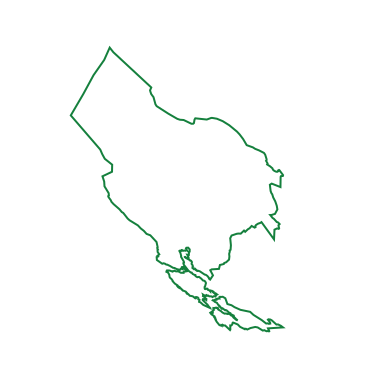 the district of Hemnes nor, Nordland, Norway, rotated 224°
{"feature_id": "86288312B41330497985738", "entity_name": "Hemnes nor", "entity_type": "district", "adm_level": 2, "iso_a3": "NOR", "parent_name": "Norway", "parent_adm1": "Nordland", "projection": "robinson", "projection_center": [13.774, 66.006], "detail": "fine", "context": "isolated", "style": "outline", "palette": "green", "viewbox_px": 384, "rotation_deg": 224, "n_neighbors": 0, "source": "geoboundaries", "source_scale": "gbopen_adm2", "svg_char_len": 6036}
<svg xmlns="http://www.w3.org/2000/svg" viewBox="0 0 384 384"><g transform="rotate(224 192 192)"><path d="M170.0,118.7L163.7,119.7L163.4,119.9L163.1,120.8L161.8,121.6L160.1,121.9L159.5,122.5L156.5,123.5L153.0,124.3L151.8,125.2L149.5,125.9L146.6,127.6L146.4,128.0L146.8,128.9L145.8,129.8L145.1,130.0L145.7,130.6L146.8,130.8L146.7,131.1L146.9,131.2L146.3,132.0L140.9,131.1L142.4,129.0L142.5,128.6L141.9,128.0L144.0,126.1L145.9,125.7L147.3,124.9L148.3,123.8L150.1,123.1L150.3,122.1L151.0,121.5L150.9,121.1L153.5,120.0L155.1,118.6L154.9,118.5L155.2,118.2L154.8,117.7L155.3,117.4L155.0,116.8L153.2,117.4L150.9,116.7L149.1,115.3L147.7,115.0L146.6,115.2L144.3,114.8L144.0,114.4L140.6,114.2L137.5,114.8L137.0,114.7L137.2,114.1L135.8,113.9L135.3,114.0L135.9,114.5L135.2,115.0L132.0,114.7L131.7,114.7L131.9,114.9L129.9,114.9L127.3,116.0L125.6,115.9L125.3,115.4L126.0,115.4L125.3,115.3L124.7,115.4L125.2,115.5L124.9,115.8L123.6,116.0L121.6,115.8L119.0,117.5L115.7,117.8L115.5,118.1L116.5,118.6L116.1,119.3L114.8,120.1L113.7,120.1L112.9,119.2L111.7,119.6L110.6,117.9L109.2,118.5L105.5,118.6L99.0,120.9L99.4,121.0L99.2,121.2L102.0,121.4L102.6,121.5L101.1,121.4L102.5,121.7L109.1,121.7L109.6,122.1L109.7,122.7L107.5,124.1L106.7,124.2L107.2,124.8L106.5,125.0L110.7,125.0L111.8,124.7L112.0,125.0L111.7,125.4L112.7,125.9L110.1,126.5L109.7,127.0L110.2,127.5L110.1,127.9L108.9,128.1L108.6,128.2L108.5,128.7L107.2,128.9L105.4,130.5L104.3,130.6L103.9,132.2L102.6,133.3L102.7,133.7L103.0,133.7L102.9,134.6L103.5,134.6L102.9,135.7L104.8,135.5L105.9,134.6L107.8,134.5L108.2,134.8L108.1,135.0L108.9,134.8L109.5,134.3L110.1,134.2L110.2,133.5L109.9,133.2L111.4,133.3L112.3,132.7L112.9,132.7L113.6,133.2L114.2,132.9L114.6,132.0L115.3,131.8L115.2,131.3L115.4,131.2L116.3,131.7L117.1,132.7L117.1,133.3L118.7,136.2L120.3,136.8L121.5,136.7L122.6,136.0L125.3,136.1L128.0,135.8L129.0,134.4L130.3,134.1L131.1,134.0L131.9,134.6L132.3,134.2L134.6,133.5L136.3,133.8L136.7,133.3L139.8,132.9L147.4,134.0L148.8,134.8L148.6,135.6L149.6,136.3L154.9,137.8L155.4,138.5L158.0,140.1L160.1,140.8L160.0,141.4L158.9,142.1L159.2,143.0L159.0,143.3L157.6,143.4L157.0,144.5L155.8,145.3L155.7,145.9L155.0,146.5L157.2,147.2L157.3,148.0L156.1,149.3L153.8,149.1L152.3,147.5L152.8,146.6L152.4,146.6L150.6,144.6L151.9,143.6L149.9,143.0L149.6,142.2L148.7,142.3L147.7,141.4L150.9,140.4L151.3,140.5L151.0,140.7L151.6,140.7L151.9,140.3L152.6,140.1L150.6,140.3L146.0,141.6L145.6,141.4L144.9,141.9L143.8,141.7L143.3,141.5L142.4,140.0L140.5,139.7L139.8,138.8L139.3,138.8L139.0,137.7L136.9,137.8L136.2,138.7L135.7,138.7L135.9,138.9L134.8,138.9L134.7,138.6L133.5,138.8L133.2,139.0L133.1,139.5L131.2,140.4L125.5,141.4L124.6,142.0L122.7,142.3L119.6,141.9L119.5,141.5L118.1,141.6L119.0,146.6L124.5,148.4L124.1,150.0L119.2,155.4L121.2,158.9L119.1,162.3L119.5,163.3L118.6,165.2L118.4,169.1L120.3,171.6L122.3,173.3L123.4,175.4L124.3,176.1L124.1,177.2L127.0,180.7L132.4,185.3L133.3,188.2L130.8,193.0L129.8,194.3L128.0,195.9L127.8,200.4L126.1,200.3L125.9,204.1L125.4,205.8L125.5,209.0L122.2,209.9L121.9,210.9L122.9,211.7L123.0,212.9L122.4,215.3L121.4,217.2L121.1,218.6L100.1,214.9L106.5,222.2L105.5,224.9L104.0,225.7L104.1,226.4L106.7,228.1L106.7,229.8L108.9,229.9L110.2,229.3L114.5,229.6L116.0,229.3L119.7,229.8L118.9,230.6L117.1,233.9L118.5,238.8L121.5,241.0L125.6,243.1L129.8,244.5L132.7,246.1L134.0,246.3L136.1,247.3L141.0,251.3L140.5,253.4L131.8,257.0L138.8,264.5L139.0,265.3L137.8,266.6L138.2,267.4L144.4,268.4L144.7,268.3L145.0,267.3L144.4,266.8L144.7,265.8L145.5,265.1L147.4,264.4L149.3,264.3L150.6,264.9L153.8,264.7L157.1,264.0L157.4,265.0L160.4,265.9L160.4,266.6L161.1,267.4L165.3,269.7L167.4,270.1L172.7,268.5L176.6,266.9L179.2,266.4L185.2,263.7L192.0,265.6L197.8,266.5L201.6,266.7L211.6,265.9L219.1,264.3L225.0,262.0L228.7,259.5L229.6,258.7L231.7,254.4L240.8,247.3L240.5,245.9L238.5,242.9L238.6,241.9L239.8,240.7L248.0,238.0L250.9,235.6L253.4,234.4L263.5,231.9L277.0,229.2L279.2,229.7L285.6,233.5L289.3,234.1L291.5,235.2L292.8,236.0L293.9,238.9L345.7,237.9L351.5,238.7L346.9,226.0L344.0,207.7L338.2,186.8L332.4,162.9L287.5,158.8L282.9,156.9L277.8,155.3L268.4,156.2L263.6,151.0L267.3,141.1L262.4,138.5L258.9,135.3L251.2,133.3L249.3,131.7L249.4,130.8L248.4,130.3L244.8,129.7L243.2,129.0L240.0,128.8L232.2,129.2L228.6,128.8L226.9,129.2L219.9,128.2L217.2,128.3L207.7,130.4L203.5,130.2L199.7,130.6L195.6,130.3L191.9,131.9L182.8,131.4L178.3,128.4L178.2,127.6L176.7,127.0L176.9,126.7L175.1,125.0L172.2,124.4L172.5,122.1L171.6,122.0L172.2,120.6L170.0,118.7ZM94.2,138.7L97.1,138.0L98.8,136.0L99.1,136.0L99.2,135.6L98.6,134.9L98.9,134.9L98.5,134.2L99.0,133.4L99.5,133.1L99.6,132.3L100.1,132.1L99.5,131.5L100.3,130.5L100.6,130.5L101.0,129.3L101.8,128.8L101.8,128.5L100.6,128.9L99.4,128.8L97.1,129.6L95.0,129.1L93.7,129.2L93.6,128.8L91.3,128.8L91.4,129.0L89.3,128.8L89.2,129.6L86.0,129.9L85.9,130.4L84.9,130.9L81.3,131.0L80.2,131.5L79.7,131.2L78.6,131.3L76.1,132.1L74.9,131.3L73.5,131.3L73.5,131.1L70.0,131.4L71.1,130.8L74.8,130.5L77.3,130.9L77.9,130.4L80.1,130.3L81.6,129.3L81.8,128.8L83.1,128.3L84.1,127.1L86.3,126.5L88.7,126.4L91.5,125.7L92.4,126.0L92.3,126.3L92.8,126.5L93.8,125.9L93.9,125.5L94.4,125.5L95.2,124.3L95.1,124.0L96.0,123.4L94.7,121.9L94.4,122.0L94.5,120.2L94.0,120.1L94.2,119.6L94.6,119.5L94.6,119.1L92.1,119.3L94.9,118.3L95.0,117.8L93.1,117.5L89.6,118.1L89.6,117.8L88.3,117.6L88.5,117.3L86.6,116.9L86.1,116.7L86.2,116.4L84.1,115.8L79.8,115.3L78.4,116.0L78.4,116.6L78.1,116.6L78.3,116.8L77.2,117.3L77.5,117.8L76.4,118.1L75.5,119.0L68.7,119.1L68.8,119.6L71.8,122.6L71.0,123.3L71.0,124.7L71.8,125.8L71.9,126.4L71.6,126.7L67.1,128.5L63.7,128.4L59.0,129.9L59.2,130.2L58.1,131.1L56.7,131.5L55.4,134.8L52.8,138.8L50.7,140.2L44.8,141.5L44.0,142.8L41.7,143.6L40.8,144.7L39.8,145.2L39.7,145.5L40.0,145.7L42.6,146.7L32.5,157.8L35.1,157.5L38.1,156.5L39.2,155.3L45.4,155.1L47.0,154.7L48.6,153.5L48.7,152.9L45.2,152.4L44.3,151.7L45.1,150.6L46.4,150.0L47.3,148.9L52.9,148.3L62.4,146.3L66.9,146.2L75.3,140.9L81.4,138.7L84.9,138.0L88.7,136.0L94.2,138.7Z" fill="none" stroke="#15803d" stroke-width="2"/></g></svg>